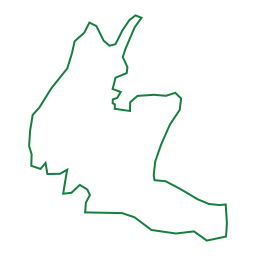 Dzharkurgan, Surkhandarya, Uzbekistan
{"feature_id": "79887680B28452062330935", "entity_name": "Dzharkurgan", "entity_type": "district", "adm_level": 2, "iso_a3": "UZB", "parent_name": "Uzbekistan", "parent_adm1": "Surkhandarya", "projection": "natural_earth1", "projection_center": [67.558, 37.554], "detail": "fine", "context": "isolated", "style": "outline", "palette": "green", "viewbox_px": 256, "rotation_deg": 0, "n_neighbors": 0, "source": "geoboundaries", "source_scale": "gbopen_adm2", "svg_char_len": 995}
<svg xmlns="http://www.w3.org/2000/svg" viewBox="0 0 256 256"><path d="M226.0,236.5L226.3,232.7L226.9,223.0L225.8,205.9L225.7,204.5L219.3,205.0L209.0,204.0L197.7,199.3L180.0,188.8L165.5,181.2L154.6,180.2L153.7,175.3L155.2,161.6L161.2,144.3L170.0,124.4L179.7,109.9L181.1,98.5L175.3,92.8L165.9,95.8L153.9,94.8L137.5,95.9L130.2,102.2L130.0,111.0L114.7,108.8L114.9,104.4L112.7,103.3L112.8,99.4L117.2,97.9L120.7,92.0L112.6,89.0L115.6,77.6L126.7,73.1L127.4,67.1L122.8,57.1L125.2,49.5L130.5,37.1L134.6,27.4L141.5,17.8L135.5,15.4L129.4,20.1L122.5,30.2L115.5,44.2L109.5,45.7L103.6,40.6L96.4,26.1L89.4,22.6L84.2,32.8L74.6,41.3L72.1,52.7L67.3,68.4L51.4,88.2L39.4,107.5L32.7,114.9L30.1,130.7L29.1,146.0L31.6,154.3L31.3,165.8L40.5,168.9L45.5,163.0L47.4,174.0L60.0,173.8L67.2,169.7L65.2,181.1L63.2,193.7L71.4,192.8L79.8,184.9L87.3,189.5L89.9,195.1L85.9,202.6L85.1,212.4L122.1,213.1L134.5,217.3L151.5,230.0L175.9,233.5L194.0,231.4L206.8,240.6L226.0,236.5Z" fill="none" stroke="#15803d" stroke-width="2"/></svg>